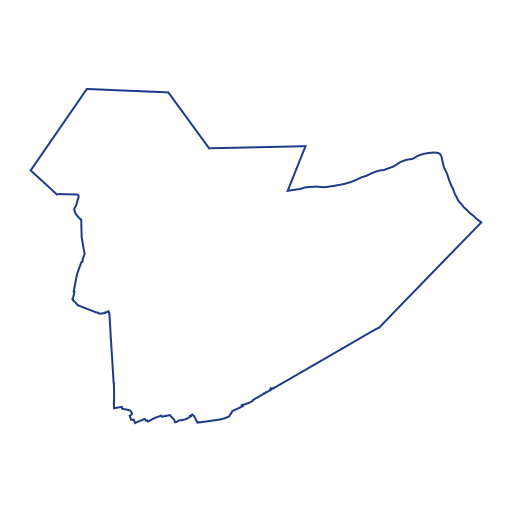 outline of Hulst, Zeeland, Netherlands
{"feature_id": "6326949B4245688321620", "entity_name": "Hulst", "entity_type": "district", "adm_level": 2, "iso_a3": "NLD", "parent_name": "Netherlands", "parent_adm1": "Zeeland", "projection": "natural_earth1", "projection_center": [4.05, 51.332], "detail": "fine", "context": "isolated", "style": "outline", "palette": "blue", "viewbox_px": 512, "rotation_deg": 0, "n_neighbors": 0, "source": "geoboundaries", "source_scale": "gbopen_adm2", "svg_char_len": 5524}
<svg xmlns="http://www.w3.org/2000/svg" viewBox="0 0 512 512"><path d="M50.9,141.1L30.7,170.4L56.9,194.5L57.3,194.4L57.6,194.3L58.0,194.2L58.3,194.1L58.9,194.1L72.9,194.4L77.8,194.6L78.1,195.2L78.2,195.4L78.6,196.1L78.6,196.4L78.7,196.6L77.9,199.2L76.4,204.5L76.1,205.5L76.0,205.8L75.8,206.1L74.4,208.3L74.3,208.6L74.3,208.8L74.3,209.1L74.3,209.4L74.5,210.4L74.9,211.6L75.7,213.8L75.9,214.1L76.0,214.3L76.7,215.1L76.9,215.4L77.6,216.2L79.2,218.0L79.3,218.1L80.1,219.0L80.4,219.2L80.6,219.3L80.9,219.4L81.2,219.5L81.2,220.3L81.3,222.3L81.3,222.7L81.3,224.3L81.6,234.4L81.6,234.8L81.6,236.2L81.6,236.6L81.7,236.9L81.8,237.8L82.0,239.0L82.1,239.9L82.9,244.1L82.9,244.4L83.7,248.9L84.6,253.5L84.6,253.9L84.6,254.1L84.5,254.3L84.4,254.5L82.7,259.1L82.6,259.6L82.6,259.8L82.7,260.1L82.8,260.3L82.8,260.7L82.5,261.4L82.5,261.5L82.4,261.7L81.9,262.0L81.3,262.3L81.1,263.0L80.9,263.4L80.0,266.0L79.8,266.4L79.0,268.6L78.5,269.9L78.2,271.0L77.5,272.8L77.3,273.4L77.2,273.6L76.8,275.4L73.7,291.4L74.4,291.5L74.1,293.3L74.0,293.6L73.0,298.4L73.0,298.6L73.0,298.8L72.4,298.9L72.4,299.2L72.6,299.5L72.9,300.0L73.0,300.2L73.5,300.7L75.0,302.0L75.6,302.6L77.1,304.5L77.4,304.9L77.6,305.0L77.8,305.2L78.1,305.3L78.6,305.6L79.1,305.7L79.3,305.8L83.2,307.4L86.6,308.7L88.7,309.5L94.1,311.6L95.9,312.3L97.9,312.6L98.0,312.7L98.2,312.8L98.3,313.0L98.9,313.4L99.2,313.6L99.4,313.6L99.6,313.7L99.8,313.7L100.2,313.7L104.9,313.0L104.8,312.6L106.0,312.3L108.3,311.3L108.3,312.0L108.8,312.2L108.8,312.3L108.8,312.6L109.1,312.6L109.3,312.7L110.1,325.0L110.7,336.0L110.7,336.7L111.4,347.0L111.4,347.3L112.7,367.4L113.6,382.7L113.7,383.3L113.9,383.3L114.0,387.8L114.0,388.1L114.0,389.5L114.0,390.5L114.1,391.8L114.1,392.3L114.1,394.0L114.1,395.4L114.1,396.2L114.1,398.3L114.1,399.5L114.1,399.8L114.0,401.0L114.0,401.6L113.9,402.4L113.9,403.1L113.9,404.5L114.0,406.4L114.0,407.0L114.1,408.2L121.8,406.9L122.1,408.7L129.8,410.3L131.5,412.3L131.9,413.2L132.0,413.8L131.9,414.0L131.7,414.3L130.1,415.6L129.7,415.8L130.9,419.1L131.0,419.2L131.2,419.8L132.8,419.9L133.6,419.6L135.2,423.0L135.5,422.8L135.8,422.6L136.2,422.4L138.6,421.4L139.9,420.9L140.0,420.9L140.3,420.8L140.6,420.7L141.0,420.6L142.3,420.0L142.8,419.7L143.7,419.2L144.0,419.1L144.4,419.0L144.6,418.9L144.8,419.0L145.7,420.6L147.0,420.3L147.9,421.6L148.9,421.2L149.8,420.6L151.2,419.8L151.5,419.6L151.9,419.4L152.4,419.2L153.0,418.9L153.6,418.6L155.7,417.6L156.2,417.4L158.5,416.6L161.0,415.7L161.3,415.6L161.5,415.8L162.1,416.7L169.9,415.1L172.8,418.3L173.0,418.5L173.3,418.6L173.5,418.8L173.8,419.1L174.1,419.7L174.3,420.0L174.4,420.3L174.7,421.1L174.8,421.4L174.9,421.7L174.9,422.0L175.1,422.3L176.3,422.0L176.8,421.8L177.5,421.5L177.7,421.2L178.2,420.9L178.5,420.8L179.1,420.5L179.2,420.4L179.4,420.4L179.7,420.3L179.8,420.3L180.1,420.3L180.3,420.2L181.3,420.0L181.7,420.3L181.8,420.3L182.0,420.2L183.8,419.7L184.0,419.7L185.5,419.3L186.5,418.9L190.3,416.6L190.7,416.4L190.2,415.8L190.9,415.4L192.5,414.6L194.1,416.3L194.3,416.4L194.3,416.6L197.3,422.4L198.0,422.1L198.2,422.6L218.9,419.7L223.3,418.7L229.0,416.6L231.6,412.5L232.2,411.2L232.9,410.8L241.8,406.7L242.8,406.1L242.4,405.7L241.8,405.4L241.7,405.2L242.3,404.9L242.6,404.9L244.8,404.3L246.5,403.8L247.1,403.6L247.8,403.3L248.7,403.0L250.0,402.4L250.9,401.9L252.7,400.8L253.0,400.0L264.7,393.3L264.6,393.2L265.0,393.1L265.5,392.8L265.8,392.3L266.1,392.5L269.6,390.5L269.8,390.5L270.0,389.6L271.2,389.7L271.3,389.4L271.3,389.2L271.1,388.3L272.2,388.6L273.2,388.6L273.4,387.8L274.3,387.8L305.5,369.8L370.3,332.3L375.3,329.5L377.4,328.4L377.6,328.3L379.4,327.4L398.9,307.2L434.6,270.4L481.3,222.4L480.1,221.5L478.6,220.4L476.8,219.0L476.4,218.7L476.2,218.4L475.5,217.8L474.9,217.2L473.7,216.1L472.6,215.1L471.7,214.5L471.0,214.0L470.4,213.6L470.0,213.2L468.9,212.1L468.0,211.2L467.3,210.4L466.8,209.9L464.2,207.6L463.9,207.3L463.6,207.0L463.2,206.5L462.1,205.1L461.3,203.9L461.0,203.5L460.7,203.2L460.1,202.7L459.7,202.3L459.4,202.0L459.1,201.7L458.6,201.1L458.4,200.8L458.2,200.4L457.9,199.8L455.5,195.1L454.9,193.9L454.3,192.5L453.3,189.6L452.9,188.5L452.2,187.3L451.6,186.2L451.0,184.8L450.3,183.2L449.6,181.3L449.1,180.0L447.9,176.4L446.9,173.4L446.6,172.8L445.6,170.7L444.7,169.0L444.1,167.8L443.5,165.8L442.1,159.5L441.5,156.9L441.2,155.9L441.0,155.4L440.5,154.7L440.2,154.3L439.4,153.6L438.7,153.3L437.9,153.0L436.8,152.8L435.7,152.6L434.7,152.6L433.1,152.6L431.6,152.7L429.8,152.9L428.1,153.1L426.7,153.3L425.1,153.6L423.9,153.8L421.2,154.6L420.1,154.9L418.8,155.5L417.7,155.9L416.0,156.8L414.9,157.6L413.9,158.2L413.1,158.6L412.3,158.9L411.5,159.1L410.7,159.2L409.3,159.3L408.1,159.5L407.3,159.6L406.3,159.9L405.2,160.2L404.3,160.5L403.0,161.0L401.8,161.5L400.8,161.9L400.1,162.3L398.8,163.1L397.3,164.1L395.4,165.3L393.6,166.4L392.9,166.7L392.0,167.1L391.0,167.4L389.4,168.0L386.3,169.1L384.2,169.9L383.5,170.0L381.4,170.3L380.2,170.4L379.4,170.6L378.0,171.0L375.6,171.7L374.6,172.0L374.0,172.3L371.6,173.3L370.9,173.6L370.1,174.0L368.2,174.9L366.9,175.6L365.8,176.0L364.4,176.5L362.3,177.1L361.5,177.3L361.2,177.4L360.8,177.6L359.0,178.5L354.9,180.4L353.4,181.0L351.2,181.9L350.2,182.2L348.6,182.7L344.0,184.0L343.1,184.2L342.1,184.4L338.2,185.1L336.5,185.4L335.2,185.7L333.3,186.0L327.1,186.9L325.1,187.1L323.2,187.1L322.2,187.1L317.5,186.7L316.7,186.7L315.9,186.7L315.2,186.7L311.9,186.8L310.7,186.9L309.2,187.0L307.1,187.2L305.1,187.5L304.4,187.6L300.3,188.9L287.7,190.8L296.3,169.2L305.5,146.2L254.7,147.3L209.1,148.3L192.1,125.0L168.3,92.4L86.8,89.0L50.9,141.1Z" fill="none" stroke="#1e3a8a" stroke-width="2"/></svg>